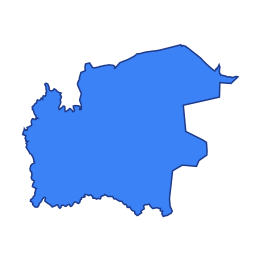 Leilek, Batken, Kyrgyzstan, rotated 6°
{"feature_id": "92254566B28866404519709", "entity_name": "Leilek", "entity_type": "district", "adm_level": 2, "iso_a3": "KGZ", "parent_name": "Kyrgyzstan", "parent_adm1": "Batken", "projection": "robinson", "projection_center": [69.614, 39.878], "detail": "fine", "context": "isolated", "style": "filled", "palette": "blue", "viewbox_px": 256, "rotation_deg": 6, "n_neighbors": 0, "source": "geoboundaries", "source_scale": "gbopen_adm2", "svg_char_len": 5715}
<svg xmlns="http://www.w3.org/2000/svg" viewBox="0 0 256 256"><g transform="rotate(6 128 128)"><path d="M203.6,132.1L185.8,125.4L180.6,99.6L215.7,87.7L214.6,73.3L225.8,72.9L232.0,65.6L231.6,65.5L230.0,65.5L226.6,66.9L224.0,66.4L221.7,66.9L220.6,66.4L219.1,66.1L214.7,65.6L214.7,64.9L213.4,64.4L213.3,63.2L212.9,61.9L212.9,58.8L213.1,58.1L212.0,55.6L211.3,57.7L210.4,58.7L210.4,59.7L209.4,59.9L209.0,61.7L208.4,62.2L205.2,60.4L200.1,56.8L195.3,53.0L193.3,51.1L179.4,42.3L178.5,41.8L177.7,41.6L177.1,40.8L174.7,40.4L174.3,40.2L173.7,40.3L172.8,41.2L171.9,39.7L151.6,47.2L149.3,47.8L149.2,48.0L143.9,49.1L138.3,50.5L135.8,51.3L132.4,52.7L129.2,53.3L127.0,55.7L120.8,59.9L113.1,63.9L110.1,68.2L109.7,68.4L109.7,68.9L109.2,69.7L108.4,69.8L108.6,69.1L108.5,68.8L107.6,67.6L107.2,67.3L105.1,67.2L102.2,67.2L101.5,67.5L97.0,68.6L96.2,69.1L95.4,69.4L94.6,69.4L93.9,69.6L92.9,70.3L88.3,71.7L86.5,71.7L83.0,67.3L79.2,68.7L78.9,70.0L78.9,72.4L79.5,75.5L75.4,77.7L74.4,83.4L74.8,84.5L73.9,86.1L73.1,89.1L73.4,90.5L77.3,97.4L78.0,98.8L77.0,105.0L77.4,106.4L78.9,109.2L79.5,113.0L79.5,114.4L78.6,114.8L78.1,114.8L77.9,114.4L77.9,114.1L78.6,113.0L77.7,111.8L77.1,111.3L76.3,111.1L73.7,111.2L71.7,111.6L71.3,111.9L71.4,112.9L71.7,113.1L72.0,113.7L71.8,114.1L72.2,114.5L73.0,116.2L72.3,117.1L71.5,117.6L71.1,117.2L70.9,116.5L69.4,115.4L68.3,114.8L67.7,114.8L66.7,116.6L66.2,116.6L64.8,117.9L64.1,118.3L63.9,118.3L63.5,117.6L63.0,113.5L62.6,113.1L61.8,112.9L61.1,113.1L60.2,114.6L59.2,115.2L58.4,116.1L58.4,116.5L57.9,116.8L57.6,116.7L56.9,114.9L57.0,114.1L57.4,113.5L58.4,110.1L58.5,109.3L57.9,107.7L57.7,106.3L58.2,105.6L58.5,104.3L58.5,103.9L58.3,103.5L57.8,102.8L57.4,102.6L57.1,102.2L57.1,101.5L57.9,100.3L55.8,99.9L55.0,99.6L53.1,98.4L52.1,97.4L50.4,96.8L49.4,98.5L48.9,99.0L47.1,99.0L45.8,98.4L45.5,97.4L45.4,96.3L44.8,94.7L43.6,92.7L42.2,92.1L41.5,92.2L41.0,92.6L40.7,93.1L40.8,93.5L41.8,95.1L42.2,96.1L42.5,98.4L43.2,99.9L43.1,100.6L42.6,101.4L42.9,101.9L42.8,104.5L42.5,105.1L41.1,104.7L40.5,104.9L40.1,105.3L40.1,108.3L38.6,107.3L38.4,108.0L37.6,109.5L36.4,109.9L35.2,109.5L34.7,109.9L34.4,112.7L33.3,113.2L32.3,115.0L30.5,117.1L31.0,118.1L31.0,119.6L31.6,119.6L33.8,124.3L35.2,125.5L35.3,126.6L36.2,127.5L37.1,127.7L36.7,127.9L36.1,128.5L35.6,128.6L35.3,128.4L35.0,128.4L34.7,129.4L32.9,129.0L32.7,128.7L32.2,128.7L31.8,129.1L31.4,130.1L31.1,131.5L31.2,132.4L31.5,133.2L31.9,135.4L29.0,137.4L28.0,137.7L27.5,138.1L28.2,139.5L28.2,139.9L27.8,140.1L27.8,140.6L27.4,140.5L27.1,140.6L27.0,141.0L26.5,141.2L26.2,141.0L25.7,140.2L25.5,140.3L25.3,140.3L25.0,139.8L25.0,140.6L24.6,142.2L24.3,143.1L24.0,145.5L25.0,145.5L25.3,145.9L26.8,146.1L27.1,146.3L27.1,147.8L26.8,148.3L26.9,149.5L27.1,149.7L27.5,149.7L27.7,150.4L27.7,151.7L27.8,151.8L30.0,151.8L28.9,153.2L28.2,153.9L29.3,155.3L29.2,156.5L28.8,157.1L28.7,157.7L28.9,158.2L30.5,159.9L33.2,163.7L34.2,164.2L34.5,164.5L35.0,164.7L35.4,165.2L35.6,165.8L36.4,166.8L36.8,167.5L37.5,169.3L37.8,170.6L38.0,171.2L38.5,171.4L38.6,171.6L38.5,171.9L38.6,172.5L37.8,172.9L36.6,173.8L35.7,174.8L35.7,175.2L35.2,175.7L34.8,179.0L35.3,180.2L35.4,180.9L35.8,181.4L36.8,181.9L37.1,183.1L37.2,184.6L37.4,185.8L37.0,186.4L37.0,187.6L37.8,189.2L38.4,189.7L39.9,190.1L40.2,190.6L40.2,191.2L40.1,191.9L39.7,192.6L39.7,192.9L39.3,193.6L39.0,195.9L39.1,196.3L41.7,197.3L43.2,197.7L42.8,198.4L42.5,199.9L42.4,201.6L42.1,201.8L42.1,202.7L42.4,203.5L42.4,204.3L42.1,205.0L41.1,206.0L40.6,207.9L39.4,208.7L39.3,208.9L38.7,209.5L38.9,210.0L38.6,210.8L38.0,210.9L39.3,211.2L40.1,211.8L41.3,212.8L41.2,214.1L43.6,216.2L44.2,216.3L45.9,216.2L46.7,215.7L47.3,214.4L47.8,212.2L49.0,210.9L50.6,207.3L51.6,206.0L52.1,205.8L52.8,205.7L53.1,205.9L53.3,206.4L53.3,206.9L52.9,208.2L52.9,209.2L53.6,209.9L54.5,210.1L55.6,211.1L57.0,211.6L58.4,212.4L59.6,213.2L60.5,214.3L61.0,214.4L63.5,213.1L65.5,211.7L65.9,211.6L66.2,211.9L66.7,212.9L67.9,214.5L68.7,214.9L69.8,213.6L69.9,212.4L70.1,211.8L70.8,211.6L72.5,211.8L73.8,212.4L74.5,212.4L75.7,211.1L76.4,210.5L77.2,210.2L77.7,210.3L78.1,210.6L78.7,211.7L79.0,212.0L79.3,212.0L80.5,211.1L82.2,207.7L82.5,207.2L82.9,207.0L83.6,207.0L85.7,208.0L86.7,208.2L87.5,207.2L88.0,206.2L87.9,204.7L88.3,204.3L89.0,203.8L88.9,202.6L89.0,202.3L91.1,201.4L92.1,201.1L92.4,200.8L92.3,200.2L91.6,199.9L92.3,198.6L94.2,198.6L94.8,198.7L95.2,199.1L96.0,199.3L96.7,199.1L97.5,198.3L97.9,198.3L99.3,199.5L99.8,199.5L100.3,201.2L100.6,201.5L101.3,201.5L102.4,201.2L103.9,201.9L104.3,202.0L105.2,201.4L105.9,201.2L106.6,201.2L107.7,201.5L108.2,200.8L108.3,199.1L108.6,198.7L109.5,198.4L109.7,198.1L111.2,197.5L111.9,196.5L112.2,196.8L113.7,197.4L114.7,198.0L115.5,198.2L116.2,198.2L116.5,197.9L117.2,198.0L119.9,197.8L121.3,199.8L121.9,200.0L123.5,199.8L124.3,200.2L125.1,200.8L127.5,201.7L129.3,201.5L130.7,202.7L131.2,203.7L132.0,204.1L132.8,204.5L133.4,204.1L134.0,204.2L134.5,204.6L135.4,206.8L135.8,207.0L136.6,207.0L137.1,206.9L137.7,206.2L138.0,206.2L138.3,206.5L138.8,207.5L139.4,208.3L140.0,208.7L140.4,209.3L140.9,209.7L143.1,210.2L143.5,210.7L143.6,211.8L143.8,212.3L144.3,212.8L145.7,213.6L146.2,214.1L147.5,213.5L148.7,212.2L149.6,211.6L150.4,210.9L149.8,210.0L149.6,209.4L151.3,207.6L152.4,207.0L152.5,206.5L152.4,205.8L151.6,204.4L151.6,204.1L152.2,203.2L153.1,202.5L154.3,202.4L156.6,201.7L157.2,201.6L158.1,203.0L159.7,204.6L161.1,205.5L164.8,204.3L165.4,204.3L167.3,204.7L168.7,204.6L168.6,206.2L168.9,207.0L169.9,207.2L170.9,207.1L171.2,207.2L171.1,207.7L170.7,208.9L170.6,209.8L172.3,212.3L173.0,212.0L173.6,211.6L176.0,210.9L177.0,210.3L178.5,208.9L179.5,208.6L180.1,207.6L180.7,206.0L178.1,201.6L176.6,193.8L176.8,165.9L186.0,159.2L200.1,159.0L202.0,152.9L209.2,146.7L209.0,142.5L207.5,134.1L203.6,132.1Z" fill="#3b82f6" stroke="#1e3a8a" stroke-width="1.5"/></g></svg>